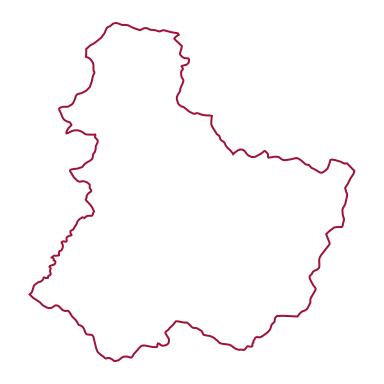 Tay Tra, Quảng Ngãi, Vietnam
{"feature_id": "81297802B47494931699472", "entity_name": "Tay Tra", "entity_type": "district", "adm_level": 2, "iso_a3": "VNM", "parent_name": "Vietnam", "parent_adm1": "Quảng Ngãi", "projection": "orthographic", "projection_center": [108.349, 15.187], "detail": "fine", "context": "isolated", "style": "outline", "palette": "rose", "viewbox_px": 384, "rotation_deg": 0, "n_neighbors": 0, "source": "geoboundaries", "source_scale": "gbopen_adm2", "svg_char_len": 5835}
<svg xmlns="http://www.w3.org/2000/svg" viewBox="0 0 384 384"><path d="M31.4,292.8L29.6,294.4L33.1,297.8L39.7,302.1L42.6,305.2L46.7,307.5L48.2,308.0L50.7,308.1L52.4,307.4L55.2,305.5L56.0,305.3L57.5,305.6L58.8,306.2L61.8,309.3L62.8,310.2L65.3,311.0L67.3,310.7L68.4,311.0L69.7,312.4L71.9,316.2L76.3,320.7L78.6,324.7L81.5,326.0L83.2,327.4L84.1,329.3L85.5,332.8L86.3,334.0L87.0,334.4L91.0,334.8L92.2,335.2L93.3,336.4L96.1,348.0L97.4,351.4L98.2,352.6L101.2,355.1L103.3,356.5L104.8,358.0L105.8,358.5L108.2,358.0L109.6,358.0L112.3,359.5L114.0,360.9L115.5,361.0L118.5,360.3L121.7,357.7L123.2,356.9L125.3,356.5L127.7,356.7L130.8,357.6L131.6,357.4L132.3,356.7L133.7,354.2L140.3,346.8L141.7,345.8L142.9,345.5L144.8,345.5L152.6,347.0L156.0,347.2L156.8,347.0L157.3,346.2L157.4,344.6L158.0,343.4L159.4,343.8L160.4,344.8L161.8,345.5L163.1,345.8L166.1,345.1L167.4,344.3L168.2,343.5L168.8,342.4L169.0,339.7L168.6,338.4L165.4,333.2L165.4,332.5L166.2,331.3L168.2,329.9L170.0,327.6L172.5,325.4L175.8,321.4L177.6,321.3L184.3,322.6L186.7,322.5L188.2,323.5L192.6,327.7L196.9,328.2L201.2,330.7L202.0,331.6L203.5,334.7L204.6,335.1L210.3,336.1L212.2,337.0L214.0,337.9L218.4,341.6L219.0,342.5L220.0,343.2L222.5,343.8L229.3,344.7L231.3,345.6L235.4,348.7L237.6,349.5L239.5,349.8L240.8,349.6L244.1,349.9L245.7,348.5L247.0,346.6L247.7,346.2L250.7,346.7L251.5,346.6L252.4,345.9L252.5,343.7L252.8,343.1L253.3,342.7L253.5,341.0L255.4,337.7L256.5,337.1L259.8,337.3L261.4,336.8L266.4,333.3L268.0,331.9L269.5,330.3L270.3,328.9L271.8,324.4L274.2,322.2L274.6,321.4L274.9,318.5L275.7,317.2L276.6,316.3L277.4,316.0L283.1,315.8L297.5,316.5L299.5,313.8L301.7,311.7L305.3,310.3L307.3,308.7L310.4,302.6L310.3,300.1L310.5,298.8L311.3,297.1L315.3,290.4L315.7,288.8L315.1,287.5L313.1,285.0L310.8,280.8L309.7,278.1L309.7,276.1L311.6,274.2L313.0,271.8L313.6,271.3L315.0,270.5L317.1,269.7L318.9,268.0L319.4,266.1L319.2,259.8L319.7,257.6L321.1,255.1L328.7,245.4L329.6,243.9L329.6,242.9L326.2,234.2L329.0,231.4L334.2,227.5L336.7,227.1L341.7,227.0L342.5,226.2L343.3,222.4L343.9,220.5L344.0,218.9L342.8,215.2L342.4,210.4L342.8,208.4L344.9,204.8L345.4,203.4L347.2,195.2L347.0,193.8L346.1,191.6L345.8,190.0L345.3,189.0L345.2,187.8L347.5,184.4L350.5,178.4L353.3,174.1L354.0,172.4L354.4,170.9L347.0,163.3L344.4,163.6L340.3,161.6L334.8,160.0L332.2,159.6L331.2,159.6L330.6,159.9L330.2,160.5L329.4,163.7L327.5,168.7L323.9,171.7L321.9,172.7L321.1,172.7L319.6,172.3L313.7,168.8L312.1,168.2L311.0,167.4L309.5,165.5L308.7,164.9L306.4,164.6L305.5,164.2L301.0,160.3L298.7,158.8L297.0,158.1L295.8,158.1L291.4,159.2L285.0,160.2L283.8,160.1L282.5,159.7L280.9,158.8L279.2,157.3L277.7,156.8L274.2,156.7L271.6,157.3L268.5,157.6L267.9,156.9L268.0,154.6L267.8,153.8L266.9,152.7L264.9,151.0L263.9,151.3L261.3,153.5L255.6,156.6L254.1,157.0L251.9,157.1L248.3,155.5L246.6,153.7L244.9,151.3L242.9,149.8L241.5,149.5L239.5,149.7L237.8,150.4L234.5,152.8L233.1,154.2L232.6,153.2L230.3,150.4L226.8,147.2L225.4,144.8L224.5,142.7L223.5,141.7L221.3,140.4L220.5,139.5L219.3,135.9L216.9,134.2L212.0,126.3L211.2,123.9L211.6,117.6L211.9,116.0L210.2,115.5L206.2,115.4L202.1,114.8L198.0,113.3L197.1,113.1L194.4,113.8L193.5,113.7L189.4,111.7L183.7,107.1L182.6,106.6L181.2,106.4L178.6,104.2L178.1,103.4L176.8,99.1L176.9,96.9L177.9,94.5L179.5,92.2L180.2,90.6L180.3,88.8L181.0,86.9L182.5,83.8L183.4,81.0L183.3,79.8L181.6,77.1L181.3,76.0L181.1,73.1L181.2,71.5L182.8,69.3L182.8,68.5L181.6,66.4L182.0,65.9L186.2,64.8L187.1,64.3L188.7,62.6L189.1,59.8L188.7,58.7L188.2,58.4L185.0,58.2L183.0,57.4L181.7,56.4L180.1,54.5L180.0,53.3L181.7,47.5L181.8,46.0L174.6,39.2L174.3,38.7L175.6,36.9L178.8,34.8L177.9,33.3L171.3,32.2L163.8,30.2L163.1,30.2L159.9,31.4L158.7,31.3L155.1,30.2L150.0,29.7L147.4,28.3L146.7,28.2L144.8,28.1L143.8,28.3L140.7,29.9L139.6,30.1L133.3,27.9L128.2,25.3L125.3,24.9L122.2,25.0L117.4,23.2L116.2,23.0L115.2,23.1L113.2,23.6L110.1,26.2L107.8,27.1L106.5,28.3L104.8,32.6L103.6,34.5L101.0,37.9L94.1,43.3L90.2,45.4L86.2,49.1L86.2,54.0L85.9,56.8L88.3,57.7L90.2,58.9L92.9,62.7L93.4,64.6L93.5,70.4L94.4,72.1L94.2,73.4L92.9,76.1L91.7,81.7L89.8,87.1L86.9,90.0L85.7,91.0L81.4,93.2L77.8,94.0L76.6,94.9L75.6,96.6L75.3,98.2L73.2,102.9L72.6,103.7L71.7,104.5L68.2,106.6L66.3,106.8L63.7,106.7L62.4,107.0L59.8,107.9L59.3,108.4L59.1,108.9L59.3,110.1L60.9,113.2L62.3,117.0L63.5,119.0L64.6,120.1L66.9,121.4L69.9,122.4L71.3,124.5L71.3,125.3L69.0,127.5L67.1,130.3L66.4,132.2L66.5,133.3L66.9,133.4L68.0,133.0L72.3,130.9L74.3,130.4L77.5,130.3L79.7,130.8L82.3,132.0L85.2,134.1L87.0,134.5L93.3,134.7L95.2,134.5L95.4,135.1L95.0,137.3L97.6,140.1L97.7,141.4L97.3,143.2L95.8,146.1L95.6,149.5L95.2,150.9L94.8,152.0L93.2,154.2L92.6,157.9L91.7,159.4L89.2,161.2L87.3,162.2L85.4,163.5L84.0,164.8L82.3,167.0L77.1,168.7L73.8,169.0L71.2,169.5L70.0,170.4L70.0,170.9L70.7,172.2L74.0,177.5L77.5,180.9L78.7,181.5L79.6,181.7L83.2,181.2L84.7,181.5L87.3,182.5L89.5,184.4L89.8,185.4L89.6,187.8L91.1,190.1L91.3,190.8L91.0,191.5L88.6,193.2L87.6,194.3L86.6,196.0L86.6,197.7L85.7,199.6L86.2,200.5L90.6,205.1L92.1,207.4L94.1,211.5L93.4,212.5L92.4,215.3L91.9,215.7L91.5,215.9L90.1,215.7L87.6,215.9L85.9,216.6L84.6,218.0L82.4,217.3L79.8,218.9L78.2,220.5L77.0,222.4L76.3,224.7L74.9,226.5L73.3,229.4L70.5,231.0L70.3,232.3L70.6,233.3L71.5,234.7L71.4,235.3L68.5,236.1L66.8,237.3L66.5,238.5L66.7,240.7L66.3,241.6L65.3,241.7L63.2,241.3L61.7,242.1L61.6,243.0L62.3,243.9L62.9,245.3L62.8,247.3L62.2,249.0L61.4,250.3L60.9,250.7L59.6,251.0L59.3,251.3L58.9,253.2L59.0,255.3L56.0,255.8L54.1,255.6L51.7,257.3L51.6,257.6L52.8,257.9L53.6,258.5L53.8,259.1L53.6,260.2L55.1,261.1L55.5,262.2L55.1,263.5L54.4,264.4L51.2,265.5L49.9,266.0L49.5,266.5L49.6,267.0L50.7,268.4L50.0,270.9L50.7,273.6L50.6,274.6L48.2,276.2L47.9,277.9L45.8,278.0L44.3,277.4L43.8,277.5L42.7,279.9L41.8,280.8L40.9,281.5L37.8,282.5L34.3,285.2L33.7,286.3L32.2,291.4L31.4,292.8Z" fill="none" stroke="#9f1239" stroke-width="2"/></svg>